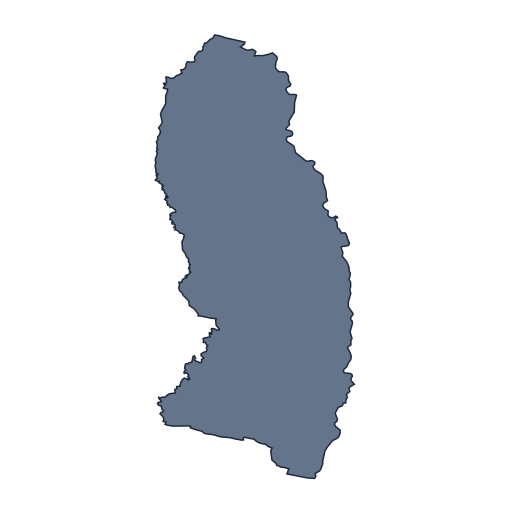 Crnel. Marcelino Maridueña, Guayas, Ecuador (Natural Earth projection), rotated 95°
{"feature_id": "8360857B68184402536651", "entity_name": "Crnel. Marcelino Maridueña", "entity_type": "district", "adm_level": 2, "iso_a3": "ECU", "parent_name": "Ecuador", "parent_adm1": "Guayas", "projection": "natural_earth1", "projection_center": [-79.381, -2.239], "detail": "fine", "context": "isolated", "style": "filled", "palette": "slate", "viewbox_px": 512, "rotation_deg": 95, "n_neighbors": 0, "source": "geoboundaries", "source_scale": "gbopen_adm2", "svg_char_len": 6085}
<svg xmlns="http://www.w3.org/2000/svg" viewBox="0 0 512 512"><g transform="rotate(95 256 256)"><path d="M411.4,160.6L406.2,163.2L404.7,163.1L399.7,160.8L397.6,156.8L395.2,156.4L394.5,153.7L391.3,153.9L389.0,152.6L386.4,153.8L385.2,153.2L382.9,150.8L379.4,151.9L378.3,151.1L375.2,146.8L371.9,150.4L370.0,150.7L367.3,149.5L366.0,149.9L364.9,151.5L364.7,157.2L364.4,158.1L363.2,158.9L361.4,158.6L358.4,155.9L354.7,154.8L351.0,152.6L347.9,152.3L344.4,153.6L339.6,156.8L338.0,156.0L336.3,153.7L332.2,154.1L329.8,153.2L323.4,155.7L314.6,154.0L312.4,154.5L312.1,155.3L311.0,156.0L309.1,156.3L305.8,154.3L304.7,154.4L299.1,159.2L297.8,159.7L293.7,160.0L284.9,158.3L281.6,159.7L278.0,159.0L274.0,159.5L271.1,161.4L267.2,160.5L264.8,160.5L263.2,161.7L258.4,162.6L253.4,165.4L248.9,170.0L244.9,169.8L240.1,172.0L239.2,171.5L237.7,165.2L236.4,164.2L234.5,164.2L231.6,166.1L229.3,166.7L225.7,168.6L225.2,169.8L225.8,172.7L222.0,175.4L220.5,177.5L215.4,178.3L213.0,180.5L211.5,180.1L210.7,178.1L210.3,178.1L209.3,180.0L211.4,182.9L210.8,186.1L209.1,187.9L205.0,187.9L203.3,191.1L201.8,192.9L200.5,193.6L199.5,194.0L197.2,193.0L195.4,190.2L194.4,189.6L191.1,191.1L185.0,192.0L176.2,195.8L171.7,196.0L170.1,196.5L168.3,198.7L165.1,204.9L162.7,206.8L161.4,206.9L159.0,205.4L157.1,205.9L156.1,208.5L156.5,210.9L157.3,213.1L156.6,215.0L149.6,225.6L143.6,227.7L142.6,228.8L139.4,234.7L138.1,235.8L136.3,235.9L134.6,235.2L133.4,231.3L132.0,230.1L130.4,230.2L129.1,230.9L128.3,232.4L127.6,236.9L126.5,237.4L122.1,234.0L119.0,235.1L109.3,230.4L99.8,230.9L92.4,229.7L91.9,230.1L91.7,231.5L92.1,235.8L91.9,237.4L89.2,240.0L87.5,240.6L86.2,240.5L85.3,239.7L83.4,236.6L81.8,236.4L78.6,238.8L73.7,239.5L71.3,241.3L70.1,243.3L70.5,248.4L69.4,250.8L67.8,252.4L65.5,253.2L61.1,253.0L57.6,252.0L55.5,252.7L52.2,257.3L54.1,261.4L55.9,267.1L56.0,270.8L56.8,275.2L52.4,273.9L51.8,274.7L50.4,277.7L51.6,281.3L51.7,283.2L49.2,289.7L45.9,286.0L43.9,285.7L41.4,304.6L39.8,311.8L39.4,316.6L42.6,317.8L44.1,320.5L48.3,324.0L48.2,325.6L48.6,325.9L50.9,326.3L52.3,327.2L54.1,326.7L56.3,327.7L57.0,328.7L57.1,330.8L59.1,332.4L63.5,334.7L66.7,333.8L67.5,334.3L68.5,336.3L68.5,341.4L70.5,342.3L74.2,342.5L76.5,344.5L77.1,347.1L80.5,345.6L80.9,347.0L82.2,348.3L83.2,351.1L85.2,352.5L86.4,355.1L86.4,356.4L85.6,358.8L85.4,360.9L85.7,361.3L86.8,361.3L88.4,360.5L89.4,360.8L91.2,360.2L92.0,360.8L91.8,362.4L92.2,363.1L92.7,363.0L93.4,361.3L96.7,362.9L97.3,360.9L97.3,359.0L98.1,358.5L99.2,358.9L99.9,358.4L101.3,359.2L104.1,359.9L112.5,359.3L119.5,362.6L123.2,363.5L130.7,361.1L132.9,361.8L136.9,364.2L139.7,362.2L140.8,362.2L141.5,361.7L142.1,362.5L143.3,362.5L146.0,364.3L148.4,363.9L151.0,365.2L154.0,364.0L157.7,364.2L158.5,363.1L160.1,364.4L162.5,363.3L168.4,364.7L170.7,364.4L171.7,363.8L175.3,364.4L178.2,363.4L182.1,362.8L182.5,362.3L182.4,361.3L182.9,360.8L183.9,361.2L184.3,362.5L187.1,361.0L187.8,362.0L189.2,362.9L190.3,360.2L190.0,358.7L191.4,359.0L192.8,356.1L193.5,356.0L194.1,354.3L195.7,355.8L196.9,354.7L197.7,355.4L198.5,354.3L198.3,353.4L201.1,352.5L202.4,350.6L203.8,350.1L205.2,348.8L205.7,349.5L204.6,351.2L206.3,350.8L207.4,352.0L209.0,349.6L210.0,349.2L211.0,349.5L211.5,348.6L213.0,348.5L213.1,346.9L215.1,345.7L214.6,344.9L214.9,344.0L216.7,341.0L218.2,339.8L219.4,339.9L220.0,343.3L220.8,343.7L221.8,345.2L222.7,345.4L222.9,344.4L223.4,344.2L224.3,344.8L227.1,345.0L227.1,343.9L229.4,341.5L230.0,342.9L231.4,342.4L231.3,340.1L231.9,339.2L232.7,339.2L234.5,340.4L234.8,340.3L234.3,339.2L234.6,338.8L235.7,338.6L236.9,339.3L237.4,336.9L238.2,335.2L239.8,334.2L239.8,331.7L241.8,329.0L243.6,329.8L244.7,329.5L248.1,331.0L256.3,329.7L259.8,326.6L263.0,325.1L265.0,322.7L267.3,323.0L268.7,321.7L270.1,321.7L270.4,320.9L271.0,321.4L273.7,321.1L273.3,321.9L273.8,322.2L275.6,321.1L277.7,320.9L277.9,319.7L280.1,321.4L281.2,323.7L281.8,322.7L282.6,322.8L282.6,324.7L283.0,324.6L283.2,323.6L283.7,323.5L284.8,325.8L286.2,327.4L288.7,327.6L288.7,330.4L289.2,330.4L289.8,329.6L290.2,330.0L292.7,329.7L294.2,330.3L297.4,328.9L299.1,326.6L301.7,325.0L306.0,319.7L308.0,318.7L311.2,318.1L313.8,313.3L318.7,308.5L320.8,308.4L320.6,305.5L321.9,295.7L322.0,290.0L323.6,290.6L328.6,289.6L332.3,286.1L333.0,286.5L333.4,287.7L332.1,291.3L332.0,293.2L332.4,294.1L333.1,294.2L333.9,293.0L334.9,293.5L337.5,293.3L337.9,293.9L336.3,295.1L336.5,295.7L338.1,295.7L340.6,294.8L342.1,300.1L343.1,301.6L344.9,300.6L346.6,301.1L346.7,298.9L348.8,297.5L349.6,296.2L351.3,297.5L354.6,296.6L355.9,298.1L356.7,300.2L358.4,302.2L359.9,302.0L361.2,300.6L361.8,299.2L362.9,299.7L363.8,301.3L366.2,301.0L366.9,301.3L367.2,302.5L365.3,308.2L364.5,308.3L363.1,307.2L361.0,308.4L360.8,309.0L361.6,310.0L367.4,310.7L368.4,313.8L369.5,314.7L369.5,316.3L369.9,316.9L374.1,317.4L375.7,316.0L377.3,317.5L379.0,317.5L379.3,316.8L378.4,315.0L378.6,314.4L381.1,312.6L381.9,313.5L382.8,312.5L384.3,312.9L383.8,311.5L384.3,311.3L385.5,312.8L384.3,314.4L383.9,316.5L384.3,317.4L386.5,319.1L387.7,319.2L388.3,320.1L390.3,320.0L391.3,320.6L392.4,320.3L392.9,323.6L393.5,323.8L394.7,323.1L396.3,325.3L399.5,324.4L400.8,330.3L402.3,332.3L404.8,334.6L404.7,337.1L405.7,338.6L405.3,340.6L406.4,340.4L408.1,338.3L409.3,337.4L410.5,340.8L411.7,341.3L413.3,339.9L413.5,337.5L416.7,336.3L418.5,334.7L419.1,334.9L420.6,337.5L421.8,337.8L423.1,335.8L425.7,333.8L426.6,333.6L428.7,334.2L429.3,333.2L428.9,331.4L429.9,331.1L431.6,331.9L432.2,329.9L432.7,324.0L431.1,308.0L431.4,306.3L432.8,306.5L433.0,306.0L434.3,300.8L435.3,294.5L436.8,292.7L437.5,290.3L437.7,283.5L439.3,274.8L439.2,266.0L440.0,261.4L440.7,253.8L440.2,252.3L438.7,252.9L437.6,252.2L438.7,241.8L439.9,240.6L441.0,238.7L442.1,235.7L442.8,229.9L444.7,227.2L446.0,223.2L448.6,224.4L457.9,222.3L460.8,218.1L462.8,217.0L463.3,214.5L464.1,213.3L464.2,209.6L465.1,204.8L470.4,206.2L472.6,185.6L472.5,178.2L470.0,177.2L468.0,178.0L467.3,177.8L464.6,173.9L462.4,172.8L457.1,171.4L455.2,171.7L444.4,170.4L440.1,168.3L433.4,163.8L430.9,159.8L429.3,158.1L427.8,157.4L425.1,156.8L422.1,157.0L419.2,161.4L416.8,163.2L415.6,162.9L413.2,160.8L411.4,160.6Z" fill="#64748b" stroke="#1e293b" stroke-width="1.5"/></g></svg>